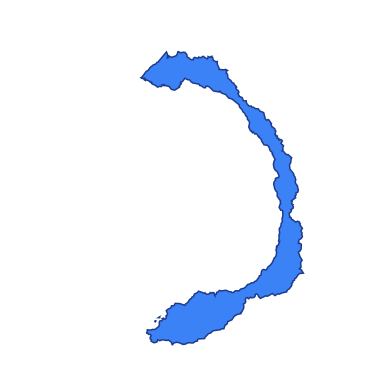 Parigi Moutong, Sulawesi Tengah, Indonesia (Mercator projection), rotated 153°
{"feature_id": "22746128B5854376167403", "entity_name": "Parigi Moutong", "entity_type": "district", "adm_level": 2, "iso_a3": "IDN", "parent_name": "Indonesia", "parent_adm1": "Sulawesi Tengah", "projection": "mercator", "projection_center": [120.393, -0.239], "detail": "fine", "context": "isolated", "style": "filled", "palette": "blue", "viewbox_px": 384, "rotation_deg": 153, "n_neighbors": 0, "source": "geoboundaries", "source_scale": "gbopen_adm2", "svg_char_len": 5926}
<svg xmlns="http://www.w3.org/2000/svg" viewBox="0 0 384 384"><g transform="rotate(153 192 192)"><path d="M225.8,55.6L222.6,58.6L221.5,58.2L219.9,59.1L219.2,60.3L214.6,60.0L210.5,62.3L209.1,62.1L207.9,62.5L203.6,61.4L203.4,62.4L202.2,62.4L199.0,64.8L197.8,66.4L197.0,69.0L195.5,68.8L194.3,69.5L193.6,70.4L193.7,71.5L192.1,73.0L190.5,72.8L190.3,71.3L189.3,71.1L187.8,71.9L186.8,70.6L184.7,69.9L183.0,70.5L182.1,72.0L180.7,71.9L180.0,70.3L180.1,68.3L179.4,66.2L173.3,66.0L172.8,65.3L171.6,64.8L166.5,65.1L165.1,62.0L161.9,62.4L160.7,61.4L156.9,61.1L153.1,60.0L151.5,61.4L149.4,61.5L146.2,63.0L145.2,63.8L145.1,65.1L143.2,65.6L143.0,66.8L140.7,66.9L140.0,68.0L138.1,68.3L135.0,70.1L132.9,70.5L129.6,69.1L129.9,73.1L131.2,74.9L128.9,75.6L127.3,79.8L124.8,81.2L125.1,85.2L124.5,90.2L122.7,90.3L120.6,91.7L118.3,95.8L118.8,96.9L120.5,97.8L120.2,98.8L119.5,98.9L119.3,100.0L118.3,100.7L115.7,101.0L113.9,102.1L113.3,104.6L112.5,105.6L112.7,107.8L110.1,109.5L110.8,113.6L109.9,114.5L110.4,115.4L109.8,116.4L111.3,118.1L113.3,118.1L114.9,121.6L115.8,122.4L115.3,123.6L115.7,124.8L116.5,125.2L115.9,125.8L115.7,127.8L115.0,129.1L113.5,129.1L111.9,130.2L111.8,131.5L109.5,131.5L108.4,132.7L108.4,134.6L107.7,134.9L108.6,136.4L106.9,138.2L107.4,139.0L102.2,139.9L102.1,141.6L100.6,142.1L99.9,143.9L97.9,143.8L96.4,145.4L95.3,149.8L95.8,153.0L94.9,155.0L94.0,155.6L93.4,159.2L93.9,160.5L93.3,161.3L93.3,163.1L94.4,167.9L92.7,172.1L90.8,173.2L88.8,176.3L87.6,177.2L89.5,181.9L91.0,182.4L92.2,187.3L93.0,187.8L91.7,188.5L90.8,190.5L89.4,191.7L90.8,194.8L88.3,196.4L88.9,198.4L91.1,198.9L90.3,200.3L91.7,201.3L90.5,203.1L91.9,204.1L91.4,204.9L91.9,205.8L89.6,208.2L89.9,209.8L89.5,210.8L91.2,214.2L90.6,217.0L90.2,217.0L90.8,221.4L91.5,222.1L92.9,222.0L93.5,223.8L92.1,230.2L94.8,233.4L95.3,236.2L97.4,237.2L98.9,239.7L100.2,240.6L100.2,241.7L102.2,242.6L103.1,246.1L102.3,248.7L104.8,249.9L104.4,253.3L106.7,256.0L106.2,256.8L106.4,259.0L104.9,259.5L104.8,261.7L105.5,262.4L105.9,264.7L105.7,265.1L104.7,265.1L104.6,265.9L105.7,269.0L105.3,269.9L106.6,271.3L106.8,273.8L108.3,277.0L106.9,280.9L107.6,282.5L106.6,283.3L106.5,284.3L105.2,284.3L106.5,286.0L108.7,286.7L112.3,289.0L111.7,289.9L111.4,294.5L110.2,296.8L111.5,297.1L113.2,299.7L112.5,302.7L113.5,303.1L112.9,304.0L115.5,304.3L116.2,305.4L117.2,304.0L118.2,303.8L120.5,307.9L123.1,307.6L124.8,309.2L125.9,308.3L128.4,310.7L130.0,310.6L130.5,309.3L131.1,309.3L133.4,310.9L133.4,312.0L135.1,314.7L134.2,316.5L134.8,319.5L136.4,320.6L138.8,321.0L140.4,323.3L141.1,323.3L141.9,322.1L144.1,320.6L149.0,321.2L150.9,323.8L151.8,322.5L153.2,322.5L151.3,325.7L151.2,328.4L163.5,323.1L164.4,323.4L166.1,322.5L168.9,322.8L172.9,321.9L175.6,320.4L178.2,320.2L184.1,317.2L185.7,317.0L185.1,316.0L182.5,314.8L181.9,312.6L179.7,310.3L179.6,309.3L178.1,308.3L178.3,307.3L178.8,307.7L178.4,306.3L176.3,303.8L175.0,301.0L172.7,300.8L171.7,299.9L171.1,300.4L169.9,300.1L169.9,300.8L169.1,300.2L168.3,300.6L167.3,298.9L164.5,296.4L163.8,292.8L161.2,290.6L155.5,291.1L155.2,292.4L154.4,292.2L153.5,293.3L152.7,293.1L152.2,293.6L152.6,294.7L152.1,295.1L150.4,294.7L146.7,296.6L145.0,294.1L143.2,293.0L142.8,290.7L141.8,288.8L136.9,285.0L136.7,283.3L135.7,282.6L133.9,279.3L132.5,278.8L131.6,279.9L130.3,279.4L128.9,277.8L127.0,272.3L122.3,268.7L121.7,269.3L121.1,269.0L120.8,266.8L117.7,263.5L116.7,259.1L114.1,256.6L110.4,248.3L111.0,246.7L110.8,244.7L110.2,243.4L110.1,239.9L109.4,238.6L109.4,235.2L108.8,234.0L109.6,231.3L109.1,230.1L109.1,227.8L112.0,224.0L112.1,219.8L111.4,219.5L111.3,217.4L110.2,217.7L109.6,215.0L108.6,214.9L107.8,213.8L107.8,211.7L107.0,211.0L107.5,210.5L106.4,207.6L106.8,205.5L106.4,201.3L103.6,199.4L103.0,197.4L103.6,193.4L102.6,190.8L102.7,189.7L103.3,189.6L103.2,183.2L104.7,182.4L106.9,179.8L108.0,176.2L107.9,173.5L106.9,171.7L107.0,167.0L107.6,166.1L108.8,165.7L109.3,166.1L111.5,166.2L112.2,164.8L114.4,163.6L115.6,162.1L116.8,157.4L116.8,155.0L116.2,153.3L118.0,149.5L117.2,143.9L118.0,143.0L118.3,141.4L119.7,140.6L121.4,138.6L121.2,135.5L120.0,134.7L119.8,133.9L121.6,130.0L124.1,127.0L124.7,124.8L126.9,123.4L128.3,121.2L131.0,119.6L132.9,115.0L134.0,114.3L135.5,111.0L137.2,109.0L137.1,108.2L136.5,108.0L139.5,105.4L140.9,105.5L141.7,104.7L141.3,104.4L143.5,102.3L143.9,100.0L145.6,97.5L147.1,96.2L148.5,96.0L152.6,92.6L155.7,91.2L157.9,90.9L161.0,89.0L162.0,89.2L163.3,90.5L164.6,90.6L166.1,89.8L168.3,86.6L170.2,86.7L170.8,85.8L174.9,83.7L176.9,83.8L178.0,83.2L180.9,84.2L182.3,83.8L184.2,84.3L188.7,82.6L192.8,83.4L195.0,82.6L198.2,84.3L200.9,83.7L202.0,84.2L202.4,85.2L204.0,86.2L206.3,89.0L211.3,90.8L212.3,91.9L214.3,91.1L215.6,91.4L216.5,90.0L218.1,90.0L218.6,89.2L218.6,90.5L218.1,91.0L218.3,92.4L219.5,93.2L220.5,93.0L221.4,94.2L222.5,93.4L224.9,93.9L226.2,95.5L226.2,96.3L226.8,96.2L227.8,97.1L231.1,100.6L233.3,99.9L236.1,100.0L238.5,98.0L239.6,98.4L241.1,97.4L242.6,97.4L246.1,95.4L249.0,95.0L249.8,94.2L253.5,98.1L257.5,100.4L259.8,98.9L261.8,99.9L263.5,98.4L266.9,98.5L268.8,98.0L269.0,94.8L269.9,93.8L271.6,93.3L271.4,92.6L272.5,91.2L273.9,90.9L274.8,91.7L276.2,91.8L277.3,91.0L279.2,91.7L280.2,91.0L281.3,88.5L283.0,87.2L287.6,86.3L289.3,87.4L291.7,87.8L294.4,89.5L295.1,88.0L296.3,87.3L296.4,86.7L295.4,86.1L295.4,84.9L293.8,84.0L293.5,82.4L295.2,81.6L295.9,80.2L295.3,78.8L296.2,77.7L294.3,74.9L291.4,74.3L289.6,75.9L288.3,74.1L285.5,73.8L281.8,71.1L280.3,70.9L278.6,67.5L279.0,65.0L278.6,64.7L277.3,65.7L274.1,65.2L271.6,63.3L269.2,60.2L268.3,60.3L267.4,59.5L264.0,59.5L259.6,57.0L257.0,57.3L254.8,56.7L254.2,57.9L253.2,58.2L247.4,55.7L246.2,56.7L241.6,58.3L239.3,57.9L236.4,58.8L229.0,56.4L227.7,56.8L225.8,55.6ZM277.3,95.5L279.0,95.3L277.9,94.7L277.3,95.5ZM283.8,93.8L283.7,93.0L282.7,93.5L283.1,93.9L283.8,93.8ZM183.5,313.6L183.0,312.7L182.6,313.4L183.5,313.6ZM168.5,300.1L168.3,299.2L167.9,299.1L167.8,299.3L168.5,300.1ZM275.4,92.6L274.9,92.1L274.5,92.4L274.6,92.5L275.4,92.6Z" fill="#3b82f6" stroke="#1e3a8a" stroke-width="1.5"/></g></svg>